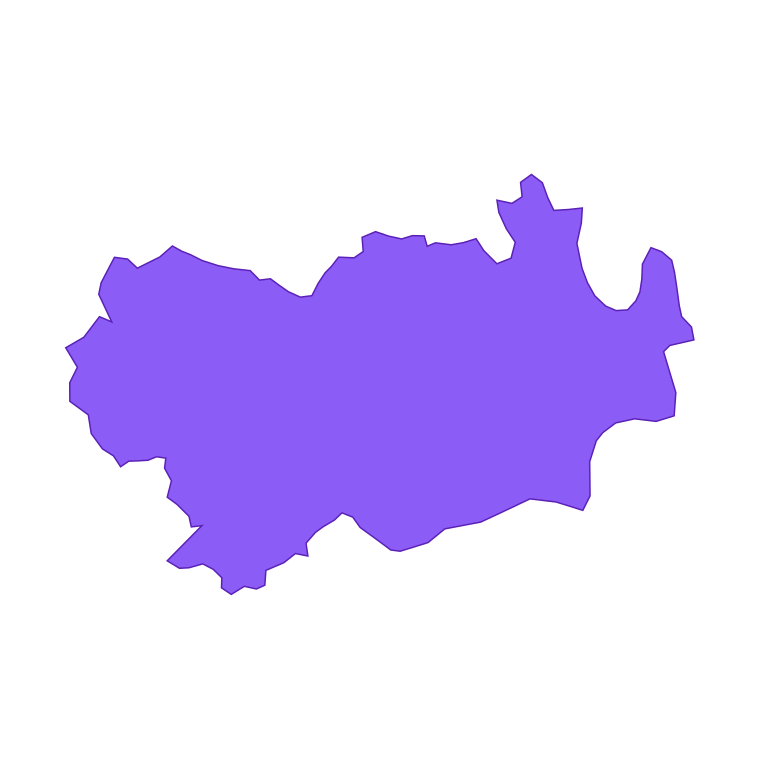 Nicolau Vergueiro, Rio Grande do Sul, Brazil, rotated 171°
{"feature_id": "56859067B10489140386792", "entity_name": "Nicolau Vergueiro", "entity_type": "district", "adm_level": 2, "iso_a3": "BRA", "parent_name": "Brazil", "parent_adm1": "Rio Grande do Sul", "projection": "orthographic", "projection_center": [-52.451, -28.521], "detail": "fine", "context": "isolated", "style": "filled", "palette": "violet", "viewbox_px": 768, "rotation_deg": 171, "n_neighbors": 0, "source": "geoboundaries", "source_scale": "gbopen_adm2", "svg_char_len": 1875}
<svg xmlns="http://www.w3.org/2000/svg" viewBox="0 0 768 768"><g transform="rotate(171 384 384)"><path d="M80.1,415.0L79.7,433.9L79.6,448.9L80.5,461.3L89.0,471.2L99.0,476.9L110.0,462.0L112.9,447.4L116.8,435.0L122.3,426.7L131.8,419.1L143.3,420.2L152.9,426.3L162.0,438.1L167.2,452.2L170.3,467.2L171.5,492.7L163.9,512.1L160.6,526.8L174.6,527.5L189.1,528.9L193.1,542.4L196.1,558.0L205.6,567.9L217.6,561.8L218.3,547.3L229.4,542.4L243.7,547.9L243.7,535.4L238.9,518.2L232.2,503.4L238.8,488.4L253.7,485.1L264.6,500.2L270.3,513.1L283.5,511.2L295.9,511.0L311.1,515.4L319.8,513.3L321.1,524.0L332.9,526.1L343.8,524.5L356.2,529.3L368.5,535.8L382.7,532.3L383.8,518.1L393.8,513.3L409.0,516.4L417.5,508.4L424.8,503.0L433.3,493.7L441.4,482.5L453.1,482.9L464.0,490.1L472.7,498.5L479.7,505.7L490.7,506.1L498.4,516.9L514.4,521.3L529.2,526.8L544.3,534.4L554.9,542.0L563.0,546.8L571.4,553.4L585.6,544.5L609.5,537.0L617.7,547.5L630.4,551.3L637.5,541.8L647.5,528.3L651.7,517.2L649.0,507.9L643.2,487.9L654.5,495.0L673.2,477.1L692.7,469.6L684.2,448.5L694.2,434.4L697.0,416.0L680.9,399.8L680.9,380.8L672.2,363.9L662.4,355.3L657.1,343.5L648.2,347.7L639.1,346.6L629.1,345.6L620.0,347.7L611.1,344.9L613.9,335.2L609.1,321.7L615.8,306.1L607.3,297.5L597.3,283.8L596.7,273.0L586.0,272.6L625.8,243.3L614.9,234.0L605.4,233.0L591.2,234.7L581.7,227.7L574.5,218.0L576.4,208.1L567.8,200.1L553.6,206.0L542.1,201.5L533.2,203.9L529.8,218.4L510.8,223.2L498.0,230.4L486.1,226.0L485.9,239.0L475.0,248.1L466.5,252.5L454.2,257.4L445.7,263.3L435.7,257.4L430.0,246.0L414.8,230.8L403.3,219.0L394.2,216.3L365.3,220.5L346.6,231.4L310.1,232.5L289.5,238.4L257.8,247.7L232.4,240.5L207.4,228.1L198.0,241.2L193.0,275.1L183.2,294.7L175.6,301.7L161.3,309.3L141.9,310.4L121.0,304.5L102.4,307.2L97.1,329.8L102.8,372.2L95.6,377.4L71.0,379.1L71.4,392.2L79.5,404.0L80.1,415.0Z" fill="#8b5cf6" stroke="#5b21b6" stroke-width="1.5"/></g></svg>